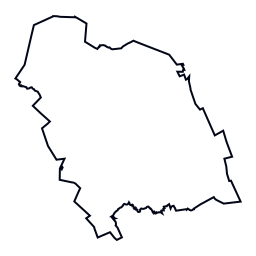 Ciudad del Maíz, San Luis Potosí, Mexico
{"feature_id": "50627088B28036330592327", "entity_name": "Ciudad del Maíz", "entity_type": "district", "adm_level": 2, "iso_a3": "MEX", "parent_name": "Mexico", "parent_adm1": "San Luis Potosí", "projection": "natural_earth1", "projection_center": [-99.716, 22.431], "detail": "fine", "context": "isolated", "style": "outline", "palette": "ink", "viewbox_px": 256, "rotation_deg": 0, "n_neighbors": 0, "source": "geoboundaries", "source_scale": "gbopen_adm2", "svg_char_len": 5206}
<svg xmlns="http://www.w3.org/2000/svg" viewBox="0 0 256 256"><path d="M182.9,63.8L176.8,64.6L169.2,54.7L138.0,42.6L133.4,40.7L130.7,42.2L127.8,43.5L122.9,46.5L121.3,48.3L112.3,49.3L111.0,48.8L110.7,48.5L110.4,48.3L110.1,48.0L110.0,47.9L109.9,47.7L109.5,47.4L109.1,47.5L108.7,47.6L108.3,47.5L108.0,47.4L107.8,47.3L107.6,47.2L107.2,47.1L106.9,46.8L106.7,46.6L106.4,46.5L106.2,46.4L106.0,46.2L105.6,46.1L105.2,45.6L104.8,45.6L104.3,45.5L103.9,45.2L103.4,45.1L102.4,45.2L100.6,45.4L99.8,46.4L99.6,45.8L97.4,48.9L94.9,47.8L85.0,41.7L86.5,23.5L77.7,18.3L74.9,16.7L74.7,17.3L74.3,17.2L72.1,17.2L60.0,16.8L58.8,16.6L58.1,16.4L56.4,16.2L53.0,16.1L52.7,16.6L52.4,16.7L33.9,25.1L31.9,33.4L24.6,64.8L15.4,78.5L16.8,79.3L20.2,82.1L18.9,84.1L19.3,85.0L19.6,84.9L19.8,85.5L20.1,85.4L20.5,86.0L21.4,85.5L21.8,86.2L22.1,86.5L22.9,86.1L24.1,86.5L24.8,86.8L25.6,86.9L26.4,87.2L26.9,88.5L27.3,88.7L29.3,88.3L30.5,87.5L31.7,87.3L32.0,87.6L32.4,88.4L33.5,89.1L34.1,89.3L34.4,90.1L34.7,90.5L37.8,91.7L38.8,93.5L39.6,94.6L40.4,96.5L40.8,97.5L32.8,105.8L40.3,112.9L49.9,121.5L47.6,123.7L44.8,126.0L42.0,128.3L48.0,146.0L56.5,159.7L64.5,158.7L61.1,166.0L61.9,166.4L62.6,167.5L61.8,169.2L60.8,167.4L60.7,167.5L60.5,167.2L59.9,168.5L59.7,179.8L70.1,182.0L71.9,182.4L72.4,182.4L73.5,182.6L74.6,183.1L75.6,183.7L77.1,185.2L80.2,188.2L78.5,191.8L74.3,201.4L74.9,202.0L89.9,215.7L86.2,218.3L94.2,227.1L94.3,228.1L97.7,237.5L110.0,232.2L114.5,237.9L116.8,239.9L121.9,237.4L117.5,227.6L115.7,225.5L115.9,225.3L115.9,225.0L115.9,224.7L116.0,224.4L116.0,224.2L116.0,223.8L115.9,223.5L115.8,222.5L115.7,222.3L115.6,221.8L115.3,221.4L115.1,221.1L114.7,220.8L114.5,220.6L112.8,218.5L113.7,218.7L114.3,218.8L115.1,218.5L114.7,218.4L114.4,217.8L114.0,217.6L113.8,217.4L113.6,216.9L113.0,216.8L112.7,216.6L112.6,216.3L112.3,216.2L111.9,216.2L112.3,215.9L112.8,215.5L113.2,215.3L113.4,215.0L113.6,214.7L113.7,214.4L114.1,213.5L114.3,213.2L114.7,212.9L114.9,212.5L115.3,212.1L115.5,211.8L115.9,211.6L116.1,211.3L116.7,210.8L117.2,210.6L117.5,210.4L117.7,210.2L118.2,209.0L118.8,208.8L119.2,208.4L119.9,207.9L120.2,207.7L120.6,207.5L121.2,207.4L121.5,207.2L121.8,206.9L122.0,206.6L122.1,206.4L122.5,206.1L122.7,205.8L123.0,205.5L123.2,205.1L123.3,204.7L123.6,204.4L124.0,204.0L124.3,203.9L124.8,204.1L125.6,204.4L126.1,204.5L126.3,204.5L126.6,204.5L127.5,204.4L127.7,204.2L127.8,204.1L128.0,203.9L128.2,203.7L128.6,203.0L128.9,202.4L129.1,202.8L129.3,202.8L129.5,203.7L129.6,204.1L129.8,204.4L130.1,204.7L130.2,204.9L130.3,205.0L130.5,205.0L130.6,204.9L130.8,204.8L131.0,205.0L131.2,204.9L131.5,204.9L131.8,205.1L132.2,204.9L132.3,205.5L132.6,205.2L132.8,205.2L132.8,205.4L132.8,205.5L133.0,205.7L133.4,206.1L133.4,206.6L133.7,207.5L133.8,207.9L134.0,207.9L134.3,207.8L134.5,207.9L134.5,208.0L134.6,207.9L134.8,208.0L135.0,207.9L134.9,207.9L135.0,207.8L135.1,208.1L135.0,208.3L134.9,208.4L135.0,208.5L135.3,208.6L135.4,208.8L135.5,208.9L135.7,209.0L135.8,208.9L135.8,209.0L135.9,209.3L135.7,209.4L135.6,209.5L135.8,209.7L136.0,209.7L136.3,209.7L136.6,209.6L137.0,209.5L137.3,209.7L137.4,209.9L137.4,210.6L137.4,210.8L137.6,211.3L137.9,211.7L138.1,211.9L138.4,212.0L138.7,211.9L139.4,211.9L139.6,211.8L139.9,211.6L140.0,211.5L140.1,211.0L140.2,210.5L140.2,210.2L140.0,209.8L140.7,209.0L141.2,208.5L141.7,208.6L142.2,208.8L142.8,208.8L143.0,208.9L143.6,208.9L144.3,208.6L144.6,208.4L145.2,208.3L145.9,208.1L146.0,207.9L146.5,207.3L146.7,207.2L146.9,207.0L147.1,206.8L147.8,206.6L148.2,206.6L148.6,206.7L148.9,207.3L149.1,207.6L149.7,207.8L150.2,208.5L150.4,208.8L150.6,208.7L150.8,208.7L151.0,209.0L151.2,209.3L151.5,209.5L151.7,209.9L152.4,211.2L152.5,211.4L152.5,211.6L152.8,212.3L154.0,211.5L154.2,211.9L154.2,212.4L154.1,212.6L154.0,212.8L154.1,213.4L156.3,212.2L156.6,212.5L156.5,213.1L157.5,212.6L158.6,212.3L158.8,212.3L159.1,212.4L159.8,212.2L160.4,212.0L160.6,212.0L161.1,212.6L161.8,213.1L162.1,213.3L161.9,212.8L161.6,212.3L161.5,211.7L161.4,211.4L161.3,210.6L161.7,210.5L162.4,210.5L162.5,210.5L162.9,210.4L163.7,210.4L163.4,209.6L163.3,209.2L163.6,209.1L163.5,208.7L163.8,208.5L164.5,208.3L164.4,208.1L164.4,207.9L164.3,207.6L164.3,207.4L164.1,207.0L163.9,207.0L163.7,206.8L163.7,206.7L164.3,206.6L164.6,206.5L165.0,206.5L165.5,206.3L165.9,206.4L166.2,206.3L166.4,206.2L166.8,206.2L167.0,206.0L167.2,205.8L167.4,205.4L167.6,205.2L168.3,204.8L169.1,204.2L170.6,208.5L171.4,206.5L173.6,205.8L174.2,206.9L174.4,207.4L174.9,207.8L175.1,208.6L175.4,209.0L175.4,209.5L175.9,210.1L176.1,210.7L186.3,209.2L186.7,209.8L187.7,208.6L188.1,208.9L188.5,209.2L189.1,209.5L189.5,209.6L189.8,210.1L190.1,210.2L190.8,210.4L191.7,210.3L192.5,209.9L193.1,209.4L193.5,209.0L193.7,208.8L194.1,209.0L194.2,208.4L200.4,204.4L213.8,197.1L214.8,198.7L216.3,199.9L223.7,203.6L240.6,201.6L231.0,180.7L229.2,181.0L228.9,180.0L227.0,173.8L226.3,166.6L225.8,164.5L224.4,158.7L232.1,156.7L227.1,143.4L226.4,141.4L223.2,130.7L214.8,135.4L202.8,108.2L200.0,109.6L195.4,103.9L190.5,89.5L190.5,88.5L188.9,81.3L189.2,76.4L187.4,78.7L187.3,79.0L185.9,79.7L184.1,74.6L179.7,76.3L177.4,71.7L182.8,71.8L183.2,69.7L184.3,69.9L184.0,68.9L183.7,68.4L183.4,67.9L183.1,67.4L182.3,66.1L182.0,65.5L181.8,65.2L183.4,64.9L182.9,63.8Z" fill="none" stroke="#020617" stroke-width="2"/></svg>